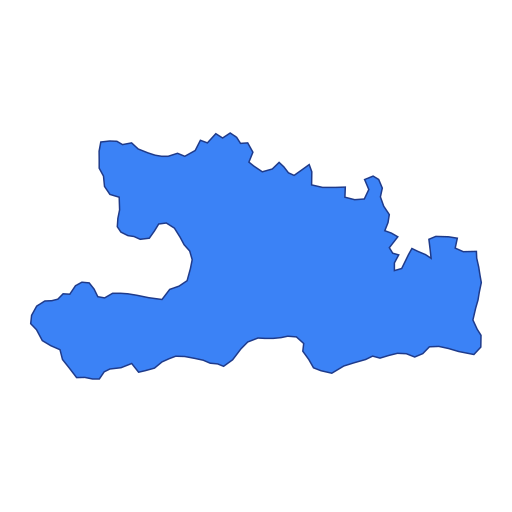 outline of Morungaba, São Paulo, Brazil
{"feature_id": "56859067B67621122776092", "entity_name": "Morungaba", "entity_type": "district", "adm_level": 2, "iso_a3": "BRA", "parent_name": "Brazil", "parent_adm1": "São Paulo", "projection": "orthographic", "projection_center": [-46.788, -22.888], "detail": "fine", "context": "isolated", "style": "filled", "palette": "blue", "viewbox_px": 512, "rotation_deg": 0, "n_neighbors": 0, "source": "geoboundaries", "source_scale": "gbopen_adm2", "svg_char_len": 2350}
<svg xmlns="http://www.w3.org/2000/svg" viewBox="0 0 512 512"><path d="M148.0,152.9L138.2,149.0L131.6,142.9L122.5,144.6L116.9,141.3L109.8,141.0L100.8,142.0L99.1,151.2L99.2,159.9L99.2,168.2L103.5,176.1L104.5,186.4L109.9,194.4L119.2,197.2L119.6,209.9L117.9,218.3L117.3,226.7L120.9,232.1L127.9,235.6L134.0,236.5L140.2,239.3L149.3,238.2L154.4,231.0L158.7,224.0L166.3,223.0L174.4,228.1L180.1,237.2L184.1,244.7L189.7,251.0L192.2,259.7L190.4,268.7L187.1,280.7L179.1,286.1L169.7,289.4L162.0,299.5L148.7,297.7L137.0,295.3L127.9,293.8L120.8,293.3L112.6,293.3L104.6,297.9L97.8,296.7L94.1,289.1L89.2,282.9L81.9,282.2L75.5,285.7L69.8,294.2L63.1,293.8L57.8,299.2L51.8,300.7L44.8,301.0L36.7,306.1L31.6,315.3L30.7,323.7L36.5,329.7L42.3,340.6L50.8,345.7L60.0,349.7L62.5,359.5L69.2,367.9L76.6,377.6L84.8,377.4L92.6,379.0L99.3,379.0L104.2,371.8L109.9,369.0L121.0,367.7L131.7,363.5L138.6,372.2L145.1,370.7L154.5,368.1L162.0,361.9L169.1,358.7L175.7,356.2L184.8,356.5L194.8,358.4L203.2,360.2L210.2,363.2L217.6,363.9L223.6,366.3L232.6,359.8L236.5,354.7L240.9,348.9L247.7,342.0L258.0,338.0L265.0,338.4L273.1,338.4L281.1,337.6L287.7,336.2L296.4,336.9L303.7,343.5L302.8,351.2L308.8,359.5L313.5,367.8L320.9,370.7L331.8,373.2L343.8,366.0L354.0,362.8L365.6,359.5L372.6,356.1L380.0,358.1L389.0,355.4L397.4,353.3L406.3,353.7L414.7,357.0L422.8,353.6L429.4,346.8L438.8,346.4L448.5,348.5L458.6,351.5L473.9,354.5L480.8,347.1L481.0,335.3L477.2,329.3L472.9,320.0L475.7,308.0L478.0,300.0L479.3,292.1L481.3,282.6L480.0,275.3L478.7,267.0L476.7,258.2L476.4,251.4L463.3,251.7L455.2,248.1L457.3,238.2L448.6,236.8L435.8,236.4L428.9,239.3L430.1,249.2L431.1,258.3L425.5,254.6L417.9,251.4L411.9,248.5L408.5,254.6L401.7,268.5L394.4,270.6L394.4,262.9L398.7,254.9L392.7,253.2L389.3,247.7L397.8,236.8L391.4,233.1L384.8,230.7L388.0,222.6L389.3,214.6L383.7,206.2L380.4,196.9L382.3,188.1L378.7,179.5L373.1,176.1L364.6,179.5L368.8,189.5L364.3,199.0L354.7,199.7L344.9,197.2L345.3,187.1L335.9,187.4L322.5,187.4L311.6,184.9L311.8,171.8L309.2,164.6L302.1,169.7L294.1,175.4L288.4,172.8L283.8,166.8L279.1,162.4L272.3,169.0L262.3,171.8L253.7,166.0L248.9,162.1L252.9,152.2L247.7,142.9L240.5,143.4L236.6,137.3L230.2,133.0L222.6,138.0L215.8,133.7L207.4,142.9L200.4,140.3L195.2,150.5L184.8,156.3L177.5,153.3L168.1,156.3L161.7,156.3L155.1,155.2L148.0,152.9Z" fill="#3b82f6" stroke="#1e3a8a" stroke-width="1.5"/></svg>